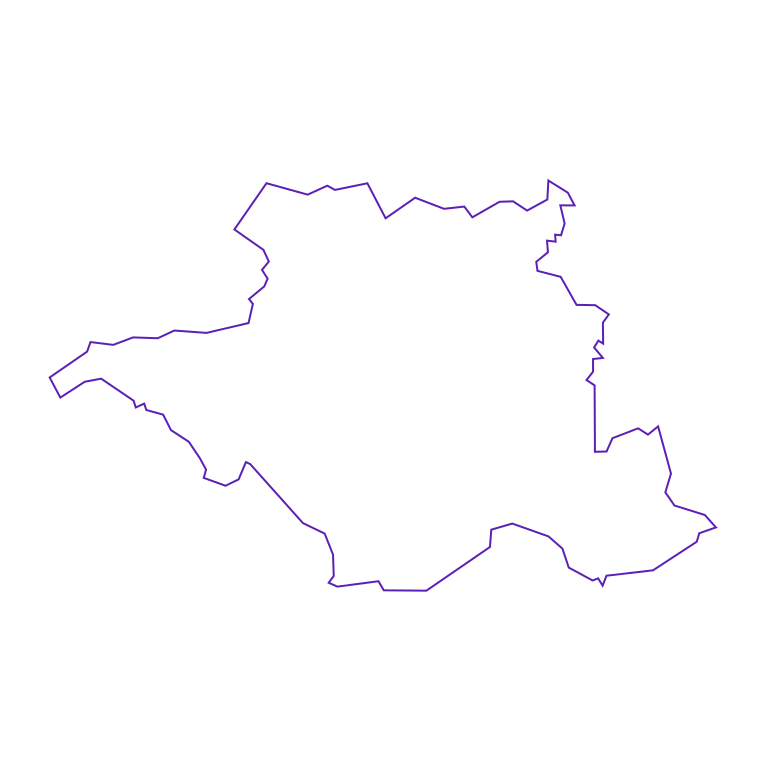 outline of Gradsko, Gradsko, North Macedonia, rotated 271°
{"feature_id": "65306769B37555850097023", "entity_name": "Gradsko", "entity_type": "district", "adm_level": 2, "iso_a3": "MKD", "parent_name": "North Macedonia", "parent_adm1": "Gradsko", "projection": "albers", "projection_center": [21.883, 41.613], "detail": "fine", "context": "isolated", "style": "outline", "palette": "violet", "viewbox_px": 768, "rotation_deg": 271, "n_neighbors": 0, "source": "geoboundaries", "source_scale": "gbopen_adm2", "svg_char_len": 1445}
<svg xmlns="http://www.w3.org/2000/svg" viewBox="0 0 768 768"><g transform="rotate(271 384 384)"><path d="M177.7,387.4L178.1,430.0L222.9,492.8L240.2,493.8L246.7,514.7L234.5,551.1L222.5,565.3L203.7,571.9L191.2,596.0L193.4,601.5L186.2,606.1L196.2,609.8L202.4,656.2L231.8,699.5L240.3,701.8L246.4,718.4L258.6,707.1L267.6,676.5L280.6,667.2L299.4,672.5L346.4,658.8L338.0,648.8L344.1,638.8L333.8,613.4L320.4,607.7L319.9,596.1L386.3,594.6L391.5,586.4L399.9,592.8L412.6,592.6L413.9,602.4L424.2,593.4L431.1,597.6L428.2,602.4L449.2,601.8L457.5,607.6L466.5,593.8L466.5,575.1L494.2,558.8L499.8,535.5L508.8,534.1L518.6,545.6L530.2,544.5L529.3,553.1L536.3,552.5L535.8,558.4L547.6,561.8L565.7,557.2L565.9,571.4L578.5,564.5L590.3,544.8L571.3,544.1L559.9,524.1L568.9,509.8L568.2,496.3L552.2,469.4L562.8,461.2L560.2,441.0L570.8,411.9L549.7,382.7L584.4,363.9L577.2,331.6L581.3,323.8L572.0,304.4L582.7,263.0L535.9,231.7L516.0,261.1L504.4,266.7L496.0,260.0L487.3,265.8L479.5,262.6L466.6,247.5L461.8,251.5L442.6,247.5L432.0,205.6L433.8,173.4L425.8,157.0L426.2,132.3L418.4,112.6L420.8,89.8L411.2,86.6L384.7,49.6L364.8,60.6L381.0,84.7L384.4,101.1L362.9,134.0L356.2,136.2L360.2,144.5L353.8,146.9L349.5,163.7L334.2,171.8L322.8,189.9L306.4,201.3L295.3,207.6L287.0,205.4L279.5,227.3L286.1,240.3L303.5,247.3L301.6,251.6L243.5,305.4L233.4,327.3L212.6,336.0L191.2,337.1L184.3,332.2L180.6,340.9L186.7,381.9L177.7,387.4Z" fill="none" stroke="#5b21b6" stroke-width="2"/></g></svg>